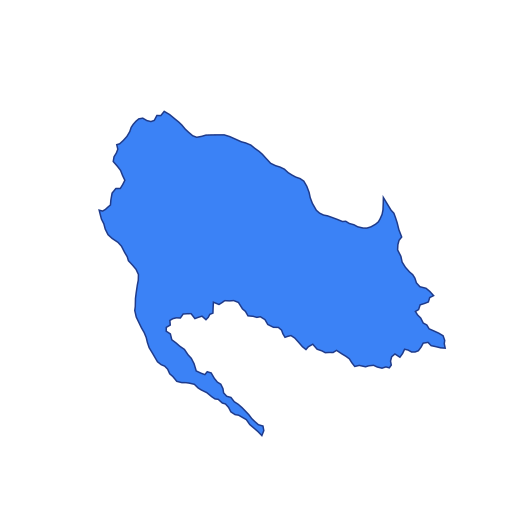 outline of Maragogipe, Bahia, Brazil, rotated 328°
{"feature_id": "56859067B10355706610278", "entity_name": "Maragogipe", "entity_type": "district", "adm_level": 2, "iso_a3": "BRA", "parent_name": "Brazil", "parent_adm1": "Bahia", "projection": "equal_earth", "projection_center": [-38.951, -12.825], "detail": "fine", "context": "isolated", "style": "filled", "palette": "blue", "viewbox_px": 512, "rotation_deg": 328, "n_neighbors": 0, "source": "geoboundaries", "source_scale": "gbopen_adm2", "svg_char_len": 3713}
<svg xmlns="http://www.w3.org/2000/svg" viewBox="0 0 512 512"><g transform="rotate(328 256 256)"><path d="M254.8,84.7L249.7,86.5L246.4,84.3L241.6,87.1L238.1,86.3L235.2,83.3L233.0,79.1L229.3,77.6L225.6,78.1L221.6,79.3L218.3,80.8L214.9,83.6L209.9,86.2L204.7,87.7L199.9,88.6L196.9,87.8L195.4,92.2L192.1,94.7L188.2,96.6L185.0,100.2L186.0,106.5L186.5,111.6L185.5,117.0L184.9,122.3L180.6,124.9L176.7,126.8L172.9,124.5L167.3,126.4L162.6,131.6L159.6,135.6L156.1,136.1L152.9,136.7L149.7,136.6L147.3,134.0L145.7,138.9L144.5,142.7L144.0,148.1L142.4,153.3L141.8,159.5L143.3,164.9L146.2,171.3L147.1,176.3L146.5,183.4L146.4,188.4L145.3,192.4L146.5,198.6L147.2,203.8L146.5,209.4L143.3,214.2L140.1,217.6L137.7,220.4L134.9,223.7L131.3,228.1L126.9,234.8L124.3,238.0L122.1,244.3L120.8,256.1L120.6,261.7L119.7,267.0L118.1,271.7L116.8,277.1L116.7,283.8L116.4,293.5L118.0,297.9L120.2,301.0L121.1,305.1L120.4,310.2L121.6,314.1L122.4,320.3L126.0,324.1L129.5,326.3L132.0,328.4L135.7,332.1L137.0,337.3L138.6,340.6L141.9,345.9L143.9,351.9L145.5,355.5L148.0,357.5L149.5,362.8L151.7,365.3L152.5,369.9L152.1,374.9L154.2,379.4L156.9,381.8L158.7,385.2L161.1,389.7L161.4,395.6L162.8,400.1L164.6,405.9L165.8,411.4L170.1,408.2L171.8,403.9L168.6,400.3L167.2,395.6L166.2,391.5L165.8,386.7L164.8,381.8L163.8,377.2L162.3,372.3L160.3,368.0L159.8,362.7L156.8,359.4L156.0,354.9L157.7,350.9L158.2,346.1L156.4,342.5L155.8,337.7L156.0,331.4L153.3,328.3L149.8,329.5L147.3,326.3L144.4,321.8L146.4,314.5L146.9,308.5L146.0,303.7L145.8,297.3L143.5,292.0L142.2,287.6L140.2,282.4L142.1,276.7L140.0,272.2L142.1,269.0L146.7,269.1L148.8,265.0L152.3,265.1L155.7,266.2L159.0,268.5L163.5,266.6L167.1,268.5L170.4,270.5L171.0,276.7L174.0,277.3L178.3,278.4L179.8,283.5L183.0,282.7L185.9,281.0L189.2,281.6L192.1,277.3L195.4,272.6L198.9,277.5L202.8,277.5L205.8,277.3L209.9,280.1L213.5,282.0L216.5,286.1L216.5,293.7L217.7,297.4L217.5,302.5L221.6,305.6L224.2,308.5L227.5,309.8L229.9,314.7L229.7,320.3L233.0,325.7L237.1,328.4L238.4,332.4L237.6,336.2L237.5,340.3L240.5,341.0L243.5,342.0L245.4,346.1L246.4,351.7L247.3,357.5L248.8,361.8L252.3,360.7L257.4,360.9L258.4,367.4L261.7,371.5L263.5,374.7L267.0,376.6L270.2,378.7L274.3,378.7L276.9,384.4L279.1,388.7L280.7,392.7L280.7,397.2L281.2,402.0L285.6,403.5L290.2,408.0L293.5,408.9L297.8,411.0L300.0,414.4L303.4,417.9L307.4,418.9L309.8,421.5L312.9,420.2L314.4,416.4L317.7,413.3L321.9,412.7L324.4,418.1L328.6,416.4L332.6,413.8L335.1,416.3L337.1,419.9L340.0,421.7L343.5,422.4L347.8,420.7L351.6,418.5L356.1,420.4L357.0,424.8L360.4,428.1L363.9,431.7L367.6,434.4L369.2,430.1L371.3,427.6L372.4,422.8L370.1,418.3L367.4,414.2L364.2,409.5L364.3,405.0L362.3,401.5L362.8,395.9L361.8,391.6L361.8,387.5L365.5,387.6L369.3,384.4L374.0,385.6L377.8,386.3L381.3,383.3L385.6,383.7L384.6,378.1L383.1,373.5L378.7,368.9L377.8,363.8L379.0,359.0L379.0,354.9L377.7,350.8L376.7,344.6L376.7,338.6L378.7,333.0L379.3,325.9L382.3,321.6L385.6,318.5L389.6,317.1L391.1,309.4L393.3,302.7L394.6,297.5L395.6,292.8L394.8,288.7L395.0,273.9L392.2,278.2L388.1,284.2L385.0,287.5L380.7,290.4L377.8,291.9L374.2,292.4L369.0,292.2L364.8,291.1L361.7,289.1L357.7,285.1L355.6,281.4L352.3,277.8L350.5,274.1L347.6,272.6L344.3,268.0L340.9,263.6L337.9,259.8L335.0,257.1L332.6,253.3L331.4,249.2L331.7,241.2L332.9,235.2L334.7,230.3L336.0,223.8L336.2,217.8L334.4,213.7L331.5,210.1L329.4,206.4L327.4,202.3L326.1,197.4L323.5,193.3L320.4,189.7L317.5,185.1L316.1,177.8L315.3,173.1L314.0,168.8L312.0,164.0L310.4,159.2L307.1,154.6L304.1,151.4L300.9,146.6L297.0,140.8L293.2,136.4L287.6,132.9L281.8,129.4L277.5,126.9L273.5,125.8L268.6,123.9L266.0,120.4L264.4,115.4L263.2,110.8L262.5,105.6L261.4,101.3L259.8,96.6L257.7,90.3L254.8,84.7Z" fill="#3b82f6" stroke="#1e3a8a" stroke-width="1.5"/></g></svg>